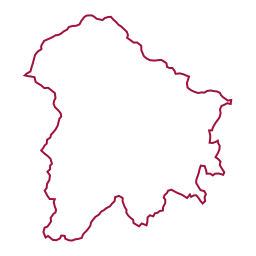 Guapiara, São Paulo, Brazil
{"feature_id": "56859067B39220328701947", "entity_name": "Guapiara", "entity_type": "district", "adm_level": 2, "iso_a3": "BRA", "parent_name": "Brazil", "parent_adm1": "São Paulo", "projection": "mercator", "projection_center": [-48.549, -24.213], "detail": "fine", "context": "isolated", "style": "outline", "palette": "rose", "viewbox_px": 256, "rotation_deg": 0, "n_neighbors": 0, "source": "geoboundaries", "source_scale": "gbopen_adm2", "svg_char_len": 3054}
<svg xmlns="http://www.w3.org/2000/svg" viewBox="0 0 256 256"><path d="M78.3,238.9L81.7,237.9L83.0,234.5L84.7,232.6L86.5,230.9L88.3,228.6L90.3,225.9L91.0,222.6L92.9,219.9L95.4,216.9L99.1,214.5L101.2,211.6L104.0,210.1L105.9,208.4L109.9,206.3L111.9,203.8L114.6,201.1L115.2,197.1L119.0,195.9L122.7,198.1L122.6,201.4L124.6,206.8L126.5,209.8L126.3,212.5L128.1,215.4L130.5,217.8L133.1,219.7L133.6,223.1L139.1,226.3L141.7,223.5L146.5,225.3L147.3,222.0L147.6,217.4L149.9,215.3L153.3,216.3L154.9,213.3L157.6,212.8L159.7,211.0L162.9,210.5L163.1,207.1L165.2,203.1L165.3,199.7L163.7,197.7L164.5,195.2L166.9,193.0L168.1,190.7L171.4,189.7L174.5,191.4L177.5,193.0L181.8,194.7L185.0,196.7L187.1,198.0L189.9,194.5L191.1,196.9L193.9,195.3L196.3,195.3L198.9,198.5L200.4,200.9L202.7,203.5L205.1,201.1L204.6,197.1L205.9,194.2L204.3,191.2L200.5,190.1L198.3,186.6L196.2,183.0L196.3,179.9L197.9,175.4L198.9,172.4L199.5,169.4L200.8,165.6L204.6,166.1L206.1,170.1L206.7,173.7L210.3,173.7L212.8,175.4L215.0,173.7L218.6,173.5L223.2,174.8L224.3,172.3L221.3,167.7L219.8,164.9L220.5,161.5L217.9,158.8L215.5,157.2L218.0,152.9L219.4,149.6L219.7,145.8L218.2,143.3L217.8,140.7L215.5,142.0L212.5,143.0L209.6,142.7L210.2,139.0L210.2,135.3L209.1,130.4L212.1,130.3L212.9,127.5L214.2,125.1L216.2,121.9L218.2,119.4L219.6,117.2L220.6,113.2L220.0,109.4L221.5,105.9L224.2,104.9L227.2,103.2L230.7,104.0L231.2,100.0L227.8,100.6L225.2,98.7L223.0,97.2L221.2,95.3L219.7,92.7L216.7,91.4L214.2,91.2L210.8,90.5L207.2,90.9L204.5,92.6L201.7,92.4L198.1,93.0L194.6,91.9L190.8,90.1L187.6,87.6L186.9,83.1L188.1,79.4L189.0,76.6L186.6,75.7L183.8,74.4L180.0,73.4L175.6,73.8L174.5,70.8L172.4,68.0L169.4,68.0L167.1,66.9L166.4,63.2L163.4,61.1L161.2,59.9L157.8,60.2L154.4,60.6L150.1,60.2L146.8,58.6L143.8,56.1L142.6,53.1L141.4,50.4L141.2,45.7L137.1,42.5L133.7,42.6L130.0,39.8L127.1,37.8L128.0,35.2L126.8,31.8L124.1,29.2L121.2,26.5L118.4,24.7L116.4,22.3L113.2,19.5L110.9,16.8L107.9,17.1L104.7,18.1L102.5,20.1L99.1,19.3L96.5,18.7L94.3,16.8L91.9,15.4L89.4,15.4L86.6,15.6L84.3,17.0L81.2,21.1L79.5,24.4L76.0,25.8L72.3,26.0L68.9,27.0L67.1,29.6L63.7,31.4L60.8,33.8L58.2,35.0L55.5,35.3L52.5,37.1L49.4,38.6L46.4,39.9L44.1,40.9L42.3,43.9L41.1,46.3L41.4,49.2L37.7,51.6L35.2,54.7L34.1,58.4L33.1,62.3L32.3,65.0L31.3,68.2L30.4,71.5L26.5,73.7L24.8,75.4L28.3,76.2L31.0,76.5L34.5,77.2L35.7,82.1L38.6,83.8L41.3,85.5L44.3,88.1L48.2,87.8L54.8,93.0L55.5,98.1L54.1,100.8L53.6,103.9L55.0,107.2L57.4,109.5L59.1,111.3L60.8,113.7L61.2,116.6L59.5,118.5L58.6,121.8L57.7,125.6L55.6,129.4L53.3,132.3L51.0,134.7L50.3,137.6L47.1,139.7L46.7,143.6L44.6,145.6L43.1,148.1L41.2,150.5L44.7,153.7L47.9,156.2L50.6,159.0L51.9,163.8L50.1,165.6L50.1,169.2L47.4,171.7L50.0,175.4L49.3,180.2L47.0,184.0L46.7,187.9L44.7,190.6L47.2,195.5L49.7,199.0L54.8,199.2L53.7,202.0L54.9,206.9L56.1,209.7L55.5,212.4L53.4,214.0L50.6,218.0L51.1,221.3L49.2,224.3L47.3,226.7L44.6,227.6L43.4,232.1L45.6,237.5L48.0,235.9L52.7,239.9L56.3,240.2L59.9,238.5L61.3,235.5L64.7,235.9L65.3,238.7L68.7,240.2L72.0,240.6L75.1,239.4L78.3,238.9Z" fill="none" stroke="#9f1239" stroke-width="2"/></svg>